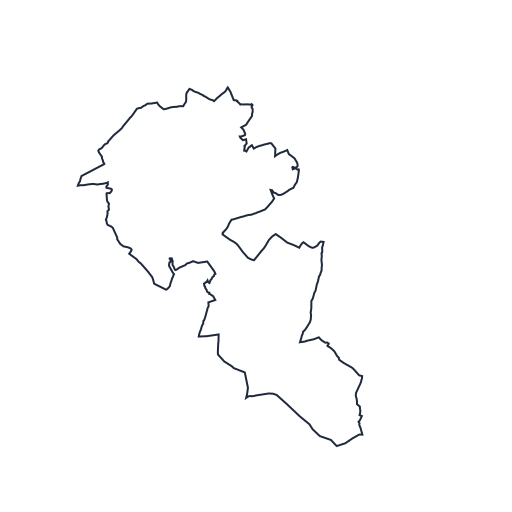 Froland nor, Aust-Agder, Norway (orthographic projection), rotated 215°
{"feature_id": "86288312B48692676973437", "entity_name": "Froland nor", "entity_type": "district", "adm_level": 2, "iso_a3": "NOR", "parent_name": "Norway", "parent_adm1": "Aust-Agder", "projection": "orthographic", "projection_center": [8.423, 58.587], "detail": "fine", "context": "isolated", "style": "outline", "palette": "slate", "viewbox_px": 512, "rotation_deg": 215, "n_neighbors": 0, "source": "geoboundaries", "source_scale": "gbopen_adm2", "svg_char_len": 6141}
<svg xmlns="http://www.w3.org/2000/svg" viewBox="0 0 512 512"><g transform="rotate(215 256 256)"><path d="M442.3,211.4L440.0,213.6L437.9,215.0L434.1,218.8L430.8,221.6L426.9,223.6L424.8,225.7L423.2,227.0L420.2,230.2L419.6,231.3L418.4,229.6L418.3,229.0L418.4,227.2L418.3,226.8L417.5,226.1L413.5,227.9L412.5,227.9L411.9,227.5L411.7,226.3L411.5,225.8L411.8,224.4L411.8,223.7L414.3,221.8L414.2,221.3L410.1,216.3L408.7,215.2L406.5,214.6L405.4,212.1L403.1,209.7L403.0,209.4L403.4,207.5L401.8,205.5L400.2,201.7L399.8,199.6L398.7,199.0L396.7,197.0L395.2,196.4L391.4,197.1L389.4,196.9L380.2,191.5L379.3,190.1L374.0,188.0L370.1,187.9L365.8,189.7L363.6,190.2L362.3,190.2L361.4,189.7L361.1,188.3L361.2,185.1L352.2,184.9L348.6,183.9L345.9,183.8L336.1,181.4L329.0,179.2L327.1,177.9L323.5,174.9L310.5,176.8L310.0,177.3L309.8,177.9L309.4,180.3L309.3,181.9L310.3,184.3L310.7,185.9L311.8,189.4L312.1,191.2L312.5,192.4L312.7,194.1L314.5,194.6L321.5,198.0L322.1,198.8L323.2,201.0L322.9,201.3L322.7,202.6L324.2,203.9L325.3,204.4L325.2,204.8L323.7,205.7L323.4,205.3L322.9,205.2L322.0,204.4L321.2,204.0L321.1,203.4L320.5,202.6L319.1,200.7L317.2,200.0L314.8,198.4L314.0,198.2L313.6,198.6L312.7,200.7L312.1,202.5L308.9,207.6L308.6,208.4L308.2,210.5L307.0,211.7L304.9,215.0L304.7,215.6L299.5,217.1L292.8,223.5L281.6,219.6L279.0,218.1L279.5,216.9L279.0,215.4L279.5,214.0L279.5,213.3L279.2,211.5L279.3,211.0L279.4,209.6L279.0,208.8L279.0,207.9L278.7,207.2L280.2,207.1L281.7,208.2L281.6,207.1L281.6,206.4L281.9,206.1L282.0,205.3L282.3,205.0L282.4,203.8L282.7,203.5L282.5,203.2L280.7,201.6L280.1,201.7L278.9,200.5L277.0,199.9L275.8,198.8L274.4,198.7L273.2,199.2L272.6,198.1L271.6,198.4L268.0,198.5L264.1,196.6L268.4,190.7L266.0,187.7L265.7,185.2L264.8,183.4L264.8,183.0L262.6,177.0L261.7,173.8L261.7,173.4L261.9,172.9L260.4,170.0L260.4,168.8L259.9,166.7L258.8,163.8L258.7,162.6L257.7,159.4L256.7,157.2L250.3,162.1L241.6,170.3L237.4,164.0L237.1,163.2L232.4,155.8L230.7,153.5L221.5,151.4L212.3,151.8L209.9,151.4L198.4,154.2L187.0,143.4L184.1,137.8L182.7,134.1L181.8,136.4L181.2,137.3L177.8,139.7L176.0,141.8L166.7,150.7L163.0,153.0L159.3,154.0L145.9,152.4L128.4,149.8L115.7,148.8L110.1,146.5L100.4,145.1L89.1,148.3L80.9,146.6L75.5,153.7L72.3,162.1L69.1,168.8L66.4,170.7L72.4,175.6L73.7,176.2L74.8,177.3L75.3,178.4L76.9,179.0L76.7,181.0L77.5,185.6L78.3,185.5L79.8,185.0L81.4,188.6L83.9,191.3L84.5,192.2L88.4,192.6L89.6,194.5L91.7,196.8L94.1,198.7L95.5,201.1L97.5,212.2L99.1,216.7L100.2,218.5L103.1,217.4L110.9,219.3L113.3,219.6L122.5,218.7L128.4,218.7L129.7,220.1L132.2,220.6L137.0,222.8L140.4,223.4L143.5,223.5L145.6,223.2L146.0,223.4L146.0,225.7L146.2,226.0L148.1,225.9L149.6,224.7L154.3,224.6L157.9,225.4L161.0,220.8L166.0,215.4L166.2,214.8L167.0,213.9L170.5,210.6L172.0,215.2L172.7,216.8L173.1,219.0L174.0,221.1L173.5,223.2L173.5,226.7L173.7,230.0L173.9,232.9L174.7,235.3L177.1,239.4L178.6,240.7L180.7,244.9L184.9,251.0L185.0,253.4L186.4,257.5L186.7,258.0L187.1,259.5L187.3,261.6L190.0,267.9L190.2,269.3L190.7,270.5L190.9,271.4L191.6,272.7L191.9,273.8L192.6,275.0L192.7,277.0L192.7,277.6L193.2,278.6L194.0,281.8L195.3,283.7L196.7,286.3L200.3,290.5L201.8,293.3L204.0,296.0L203.8,296.7L204.7,298.3L206.7,300.8L207.4,303.2L208.7,306.3L211.3,304.9L211.7,303.2L211.8,299.6L213.2,296.5L214.3,295.2L215.6,294.7L218.5,294.3L225.0,294.5L225.5,292.9L225.6,290.3L225.3,287.6L231.3,286.6L238.1,284.9L245.7,285.3L252.4,285.3L254.0,281.1L254.6,276.4L254.0,269.1L254.0,266.7L254.5,262.5L254.5,261.4L255.2,251.4L258.1,250.4L261.6,249.9L269.0,251.7L277.0,254.4L278.8,254.8L281.9,254.9L286.7,254.4L295.8,254.5L296.6,256.0L296.2,256.2L296.3,257.2L296.2,258.4L296.0,259.2L295.8,261.3L295.9,264.1L296.6,266.8L296.9,271.7L296.0,272.5L290.3,279.8L288.7,281.4L288.4,282.1L285.5,285.5L283.6,287.0L281.5,290.1L280.8,290.7L280.1,292.2L277.7,295.5L277.4,296.1L275.3,299.3L274.8,302.2L274.0,310.2L274.2,313.6L277.1,315.2L281.9,318.5L280.5,319.1L277.9,318.1L276.3,318.7L272.7,318.8L270.8,320.2L269.3,322.5L267.3,327.3L266.8,329.1L265.0,332.5L264.5,333.1L265.0,337.0L264.9,339.6L265.2,340.6L266.6,344.1L269.5,349.9L270.0,350.3L270.2,351.1L270.7,351.4L271.0,350.7L273.5,350.5L274.4,350.2L274.9,349.0L275.4,348.7L275.6,348.2L277.1,349.4L277.1,349.8L276.9,350.2L275.2,350.4L274.3,351.0L273.4,353.0L273.9,354.2L275.8,356.0L280.5,358.1L284.2,358.3L287.5,358.3L291.2,360.7L292.4,358.5L295.4,354.2L297.0,350.7L297.6,348.7L301.8,355.2L308.1,357.1L310.0,355.9L310.3,355.2L313.3,351.9L315.3,349.2L315.8,348.9L318.2,345.4L319.4,342.7L322.9,344.4L323.3,343.6L323.6,341.9L324.2,340.8L323.8,336.1L325.3,336.0L326.0,335.6L326.2,336.2L326.6,336.2L326.8,337.1L327.4,337.9L327.5,338.5L328.4,339.3L328.2,339.5L328.5,339.8L328.2,342.8L331.1,345.9L333.1,343.4L336.2,343.8L337.4,344.3L337.8,344.6L336.8,345.2L334.4,348.6L334.6,349.3L335.0,349.9L337.7,351.7L339.0,352.3L341.9,352.9L339.3,357.9L339.5,359.9L339.6,368.4L341.0,370.7L341.2,371.6L341.9,372.9L343.2,374.6L344.7,375.1L345.0,375.4L345.2,375.7L345.3,377.1L345.4,377.6L346.7,377.9L347.1,377.0L350.4,375.1L350.8,374.6L352.2,373.8L352.7,373.2L355.4,371.6L355.7,371.1L357.6,371.6L360.2,371.8L360.3,372.3L361.4,372.2L363.6,370.9L371.1,375.8L375.8,377.9L375.9,376.5L375.5,374.7L375.6,373.0L376.2,370.8L376.9,369.0L377.6,366.0L378.4,363.3L378.8,360.8L379.2,358.7L380.6,358.8L384.2,357.7L388.8,357.5L390.6,357.1L390.9,357.3L392.3,357.2L394.8,356.7L396.9,356.6L399.9,355.6L403.1,355.2L403.5,355.4L406.4,354.7L406.3,351.3L406.5,350.7L406.2,350.2L406.2,349.1L405.4,347.7L402.8,344.0L401.8,342.2L401.7,337.8L401.5,337.0L404.9,334.6L406.7,332.5L408.1,331.6L410.9,329.1L413.8,325.3L415.5,323.4L417.1,323.3L420.7,323.5L423.2,324.1L425.0,325.0L429.0,321.0L432.3,318.5L432.7,317.5L433.0,316.3L434.3,314.1L435.2,311.4L436.7,310.0L438.0,308.3L438.0,299.8L438.2,298.2L438.6,296.9L438.5,296.3L438.8,292.0L439.3,286.0L439.2,284.1L439.7,281.4L441.8,273.4L442.3,269.5L442.6,266.0L442.9,265.2L442.4,263.9L442.5,263.1L443.9,260.7L444.2,258.1L444.2,256.5L444.5,255.4L445.6,253.4L445.6,251.8L443.9,250.7L439.0,248.9L438.4,247.8L436.0,246.3L434.9,245.2L433.4,244.7L433.0,244.3L444.8,221.5L444.1,218.9L443.1,216.3L442.9,213.7L442.3,211.4Z" fill="none" stroke="#1e293b" stroke-width="2"/></g></svg>